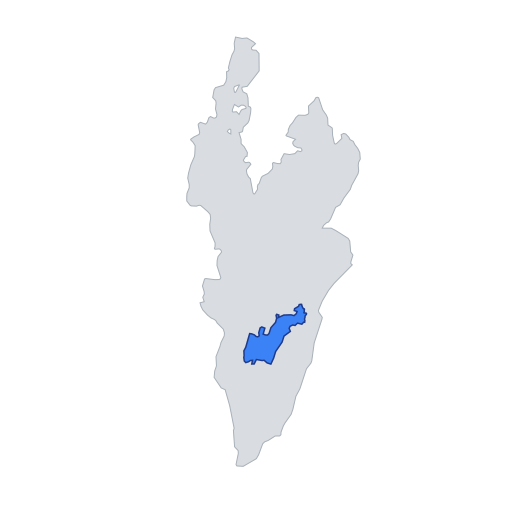 location of Tong, Ysyk-Köl, Kyrgyzstan, rotated 106°
{"feature_id": "92254566B55303155079831", "entity_name": "Tong", "entity_type": "district", "adm_level": 2, "iso_a3": "KGZ", "parent_name": "Kyrgyzstan", "parent_adm1": "Ysyk-Köl", "projection": "natural_earth1", "projection_center": [76.22, 42.065], "detail": "fine", "context": "in_parent", "style": "filled", "palette": "blue", "viewbox_px": 512, "rotation_deg": 106, "n_neighbors": 0, "source": "geoboundaries", "source_scale": "gbopen_adm2", "svg_char_len": 5170}
<svg xmlns="http://www.w3.org/2000/svg" viewBox="0 0 512 512"><g transform="rotate(106 256 256)"><path d="M114.5,302.3L115.8,301.5L119.7,300.7L127.6,300.0L130.3,300.5L135.7,303.7L139.8,303.3L140.6,303.7L142.1,306.3L148.0,302.5L152.1,301.3L154.3,297.4L158.9,292.8L162.7,292.1L162.8,292.8L163.5,293.5L167.4,294.6L168.6,293.4L169.2,291.7L167.9,289.0L167.9,287.9L169.2,286.2L175.3,288.8L176.7,288.7L179.6,287.3L182.2,284.8L183.2,282.8L196.0,276.4L196.9,275.3L196.7,274.4L191.4,272.9L189.0,273.8L186.8,273.8L185.4,272.9L179.0,272.5L177.5,271.8L173.3,267.2L168.0,264.3L165.4,264.5L162.3,265.7L161.4,265.1L161.2,260.8L160.6,258.2L158.8,257.6L156.4,258.6L149.9,257.2L149.2,251.7L146.9,246.9L143.4,245.0L143.4,242.1L142.2,240.9L141.1,241.2L139.8,242.6L140.4,245.8L139.8,249.0L139.0,250.6L137.5,251.8L135.8,251.9L132.9,250.2L132.2,259.9L131.7,260.5L128.1,259.2L125.3,259.8L121.1,259.2L117.9,257.6L111.8,255.8L108.9,254.0L107.2,247.5L105.5,245.2L103.9,244.7L97.4,246.9L90.7,242.9L87.3,242.1L86.5,240.9L86.6,239.4L97.1,232.2L101.2,227.2L103.8,225.1L110.3,222.9L111.8,218.3L112.4,217.8L119.0,215.6L126.4,211.6L126.5,210.5L125.8,209.6L119.3,205.9L115.9,207.6L114.0,205.5L114.0,203.3L116.3,199.5L118.2,197.7L119.0,194.1L121.7,191.7L124.5,187.9L127.9,184.8L134.1,182.5L137.6,183.2L140.8,182.7L145.8,180.8L148.9,180.6L161.7,183.5L165.9,183.7L175.8,187.4L183.6,189.3L187.3,192.9L199.8,194.5L203.3,195.6L204.5,197.3L208.0,199.5L211.0,200.0L208.5,191.4L209.6,186.2L213.7,172.2L215.8,170.0L226.0,166.1L228.4,163.1L235.7,163.2L237.2,162.7L238.0,161.0L260.6,173.3L269.1,176.8L281.0,179.9L291.0,181.0L292.7,180.2L296.7,175.4L298.6,175.2L323.5,176.1L341.3,173.5L343.9,173.7L350.5,176.4L371.6,177.2L379.8,179.0L393.0,178.3L398.5,178.6L408.5,182.1L411.9,182.9L418.5,183.4L420.9,182.8L422.4,183.6L423.8,188.0L430.0,193.5L432.3,196.5L434.7,197.8L446.3,198.7L450.7,199.8L461.7,210.3L463.1,216.5L462.0,217.7L450.6,218.6L448.0,219.5L445.3,224.0L430.0,229.6L427.7,229.5L407.2,240.0L393.0,248.8L392.4,253.1L384.2,262.8L377.9,264.0L372.6,263.7L363.8,266.7L352.7,265.7L348.8,265.8L341.5,264.5L338.5,265.2L335.4,267.2L331.1,274.9L329.3,276.7L328.5,278.5L327.9,282.3L326.2,286.3L322.5,292.3L319.4,295.1L316.4,296.9L314.2,293.2L310.3,295.8L306.8,295.2L304.6,296.0L299.6,299.2L292.3,299.1L291.5,298.0L290.1,289.1L288.8,285.0L287.8,284.0L286.4,283.9L275.9,290.9L271.0,292.1L267.0,292.3L261.8,290.2L260.6,290.8L259.7,291.9L259.3,293.3L260.8,297.2L260.4,298.0L258.1,298.0L254.7,298.9L244.6,307.1L238.2,309.2L232.3,310.0L228.7,311.5L226.7,314.5L222.7,323.0L222.9,324.7L224.5,327.0L225.7,332.1L225.4,333.4L222.2,337.7L218.1,338.9L214.9,339.6L208.8,339.0L205.7,339.9L199.9,343.1L195.1,343.7L186.2,343.8L177.4,342.6L174.5,343.0L166.7,344.9L164.0,347.9L162.5,350.6L161.8,351.0L158.7,348.5L154.8,344.2L152.8,344.2L145.8,347.8L144.8,347.7L142.8,346.3L143.1,340.8L140.9,339.7L136.1,339.4L134.5,338.2L135.1,334.6L134.6,333.3L133.3,332.3L130.8,332.5L125.8,335.5L120.0,336.5L117.9,337.5L115.6,341.3L107.8,342.1L105.3,341.3L100.7,334.1L96.7,333.0L92.6,333.3L87.0,335.1L85.7,333.6L84.3,333.2L82.9,334.4L76.1,334.7L69.2,334.5L65.2,333.6L62.6,333.7L57.5,335.6L51.2,336.0L50.7,329.3L48.9,324.8L50.9,317.4L52.1,315.0L56.7,317.8L58.4,317.3L58.9,315.9L58.2,312.6L60.6,308.9L77.2,304.0L95.3,311.2L97.6,315.9L99.2,315.7L101.8,313.6L102.6,309.6L106.2,307.3L114.1,304.7L114.5,302.3ZM123.6,318.6L124.0,317.9L122.7,314.5L124.6,311.3L120.9,310.7L119.0,309.8L117.0,306.5L116.3,306.3L115.1,307.2L114.5,309.4L115.0,311.7L117.6,313.9L116.3,318.5L121.7,319.0L123.6,318.6ZM104.5,321.8L104.4,320.8L103.1,320.4L96.3,319.1L96.5,320.0L99.1,323.4L101.1,323.6L104.5,321.8ZM145.3,315.9L145.7,313.8L141.6,315.0L141.1,316.1L142.5,317.4L144.2,317.9L145.3,315.9Z" fill="#d9dde1" stroke="#a8b0b8" stroke-width="1"/><path d="M299.8,192.2L298.5,191.6L298.2,191.5L297.6,191.5L297.4,191.6L297.2,191.8L297.1,192.0L297.1,192.6L297.2,192.9L297.4,193.2L297.4,193.6L297.4,194.0L297.4,194.3L297.2,194.4L296.6,194.3L296.4,194.3L296.1,194.2L295.7,194.4L295.4,194.6L294.8,194.6L294.1,194.7L293.7,194.8L293.5,195.1L293.7,195.6L293.6,195.8L293.2,196.2L293.1,196.3L293.0,196.7L292.7,197.0L291.7,197.7L291.4,198.1L291.2,198.3L291.0,198.2L290.9,198.2L290.7,198.3L290.4,198.5L290.3,198.8L290.1,198.8L289.9,198.9L290.1,199.7L290.8,201.1L292.6,201.2L296.0,204.4L297.9,204.2L298.0,201.2L300.4,201.4L302.8,203.0L302.9,206.1L305.1,213.0L309.0,217.6L306.5,217.7L306.3,220.0L307.4,220.4L310.2,219.0L314.4,218.9L320.8,221.9L326.9,222.1L328.8,223.1L329.3,225.0L329.1,227.6L322.9,227.6L322.6,230.9L324.0,232.2L329.0,232.2L331.8,230.9L333.2,232.0L333.3,233.9L332.3,235.7L332.0,238.7L332.3,240.7L340.2,240.7L346.6,240.7L350.5,241.5L355.3,239.9L356.8,239.8L360.2,238.3L361.3,236.4L360.8,235.7L359.7,234.0L358.0,232.6L357.2,230.6L361.0,230.3L360.3,228.0L355.4,227.1L354.8,221.3L354.0,219.5L355.7,215.9L355.8,211.9L349.3,210.9L342.4,210.8L331.6,207.2L325.2,207.0L319.0,202.2L316.4,204.2L314.2,203.9L312.2,201.7L312.0,199.3L309.1,197.6L308.9,193.1L306.4,191.9L306.3,191.0L306.0,191.1L305.4,191.1L305.0,191.1L304.6,191.2L304.4,191.3L303.4,191.9L303.2,192.0L302.9,192.0L301.3,192.0L301.1,192.0L300.6,192.2L300.2,192.3L299.8,192.2Z" fill="#3b82f6" stroke="#1e3a8a" stroke-width="1.5"/></g></svg>